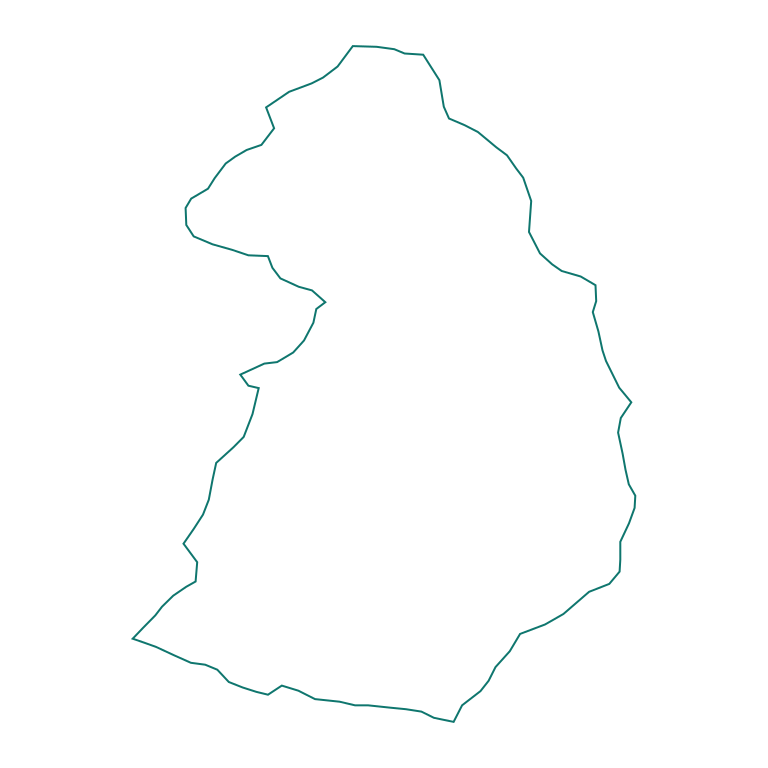 the district of Santa Mercedes, São Paulo, Brazil
{"feature_id": "56859067B1227581953826", "entity_name": "Santa Mercedes", "entity_type": "district", "adm_level": 2, "iso_a3": "BRA", "parent_name": "Brazil", "parent_adm1": "São Paulo", "projection": "albers", "projection_center": [-51.744, -21.31], "detail": "fine", "context": "isolated", "style": "outline", "palette": "teal", "viewbox_px": 768, "rotation_deg": 0, "n_neighbors": 0, "source": "geoboundaries", "source_scale": "gbopen_adm2", "svg_char_len": 1581}
<svg xmlns="http://www.w3.org/2000/svg" viewBox="0 0 768 768"><path d="M606.0,361.0L602.5,350.4L598.4,331.4L592.8,312.1L596.2,301.1L595.5,285.2L580.7,276.5L561.7,271.0L552.1,264.3L540.0,253.4L529.0,232.0L531.2,201.0L523.2,177.7L516.2,168.5L507.0,155.3L496.3,147.3L477.9,132.0L464.7,125.2L449.0,118.5L443.8,106.7L439.4,80.2L423.2,54.7L404.6,53.5L394.3,49.2L376.6,46.8L352.8,46.1L337.6,66.5L323.0,77.6L311.6,83.4L289.1,91.8L266.1,107.4L274.1,128.3L261.4,144.9L246.6,150.0L235.1,156.7L225.7,163.5L214.7,178.1L208.0,188.7L191.2,198.6L185.6,208.0L186.3,225.0L193.7,236.4L212.5,244.3L232.0,249.8L248.4,255.3L267.9,256.1L272.4,267.8L280.4,278.4L298.8,286.8L312.0,290.4L325.3,302.2L316.3,309.0L313.4,322.7L304.0,340.5L293.2,352.5L277.1,362.1L264.3,363.6L240.3,374.6L248.4,385.7L258.7,388.1L252.5,414.1L243.7,436.9L233.4,447.3L216.2,462.9L212.6,479.5L208.8,499.7L203.0,514.6L193.8,528.8L183.5,543.7L197.2,562.2L195.6,581.5L186.2,586.8L173.2,595.7L162.0,606.7L155.3,615.4L143.2,627.7L132.7,638.7L145.4,643.1L156.0,646.9L174.1,655.3L190.9,662.8L205.2,664.7L217.3,669.7L228.8,682.0L242.7,687.5L256.5,691.9L268.0,694.7L281.8,685.6L298.4,690.7L315.0,699.1L339.6,701.7L354.9,705.3L367.8,705.3L390.5,707.7L405.9,709.2L421.4,711.6L433.9,717.8L453.6,721.9L462.1,705.3L480.5,691.1L488.6,680.8L495.5,667.1L509.8,651.2L520.1,633.9L545.0,624.5L563.4,614.0L589.1,591.8L609.3,583.9L619.6,571.6L620.3,559.6L620.3,541.8L629.0,523.3L634.6,507.9L635.3,495.7L628.8,484.3L625.5,469.7L622.6,453.6L618.1,432.6L620.8,418.0L631.3,402.3L619.2,387.7L606.0,361.0Z" fill="none" stroke="#0f766e" stroke-width="2"/></svg>